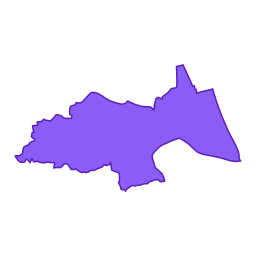 Ba Don, Quảng Bình, Vietnam (Natural Earth projection)
{"feature_id": "81297802B46228878369339", "entity_name": "Ba Don", "entity_type": "district", "adm_level": 2, "iso_a3": "VNM", "parent_name": "Vietnam", "parent_adm1": "Quảng Bình", "projection": "natural_earth1", "projection_center": [106.332, 17.736], "detail": "fine", "context": "isolated", "style": "filled", "palette": "violet", "viewbox_px": 256, "rotation_deg": 0, "n_neighbors": 0, "source": "geoboundaries", "source_scale": "gbopen_adm2", "svg_char_len": 5005}
<svg xmlns="http://www.w3.org/2000/svg" viewBox="0 0 256 256"><path d="M212.7,89.0L209.7,89.8L205.2,90.8L200.2,92.1L196.6,93.1L196.2,89.5L195.3,89.6L194.2,85.8L192.6,86.3L191.5,83.4L183.0,64.9L180.6,65.6L176.5,66.5L176.8,74.3L176.9,80.1L176.9,84.3L176.7,86.5L176.4,87.2L175.9,87.7L174.7,88.1L171.5,88.6L170.1,90.1L168.4,92.2L164.4,95.3L162.5,96.7L162.4,99.0L158.3,97.3L156.0,98.6L155.1,102.3L154.1,106.5L154.6,106.7L154.3,108.0L154.1,109.0L153.7,110.1L152.5,108.6L151.5,107.6L150.8,107.2L150.0,107.0L148.6,106.8L145.8,106.7L143.6,106.6L140.8,106.2L137.9,105.3L136.3,104.9L132.3,103.2L129.3,101.8L128.2,101.2L127.7,101.2L127.3,101.4L126.8,101.8L126.1,102.8L125.0,103.5L123.9,103.9L122.8,104.1L121.2,104.1L118.8,103.6L116.2,102.9L113.1,101.9L110.1,100.8L107.1,99.3L104.5,97.6L102.4,96.0L101.0,95.2L99.3,94.2L98.6,93.8L96.9,93.1L95.5,92.7L93.6,92.4L92.1,92.4L91.0,92.9L90.7,93.1L89.8,93.8L88.4,95.3L86.4,97.5L84.6,99.4L83.5,100.7L82.0,102.0L80.4,102.8L79.1,102.9L77.6,102.8L76.2,102.5L75.1,104.9L73.9,105.2L73.2,105.4L72.1,105.8L71.3,105.9L70.9,106.1L70.3,107.0L70.0,108.1L69.7,109.4L69.6,111.7L69.7,113.6L69.7,114.1L69.9,114.5L70.6,114.9L71.6,115.3L71.9,115.5L71.9,116.1L71.5,117.7L71.3,118.5L68.9,118.4L66.3,118.3L65.0,118.2L63.7,117.9L63.1,117.6L62.5,116.8L62.1,116.3L60.3,115.5L58.8,115.0L57.6,114.9L56.5,114.8L55.9,114.9L55.5,115.5L54.8,116.6L53.0,118.5L51.2,120.3L50.6,120.7L49.8,120.8L48.5,120.8L47.1,120.4L45.7,120.2L45.2,120.0L44.5,119.4L44.0,119.3L43.6,119.3L43.0,120.0L42.2,120.8L41.6,121.3L40.9,121.6L39.0,121.7L37.6,121.8L37.3,121.9L37.1,122.2L37.1,122.6L37.4,123.1L37.8,123.7L37.8,124.1L37.7,124.7L37.6,125.0L37.4,125.2L36.1,125.3L34.6,125.4L33.6,125.6L32.6,125.8L32.9,128.1L33.3,130.2L33.6,131.0L33.9,131.7L34.0,132.1L33.9,132.4L33.6,132.4L33.2,132.1L32.7,132.4L32.0,133.1L31.7,134.9L31.4,136.4L31.6,137.0L32.4,137.8L33.3,138.2L33.9,138.3L34.3,138.5L34.4,139.1L34.5,140.1L34.5,140.7L34.1,140.9L33.0,141.2L30.9,142.0L29.9,142.6L28.7,144.5L27.9,145.1L26.8,145.5L25.5,146.1L24.2,146.9L23.5,147.7L23.2,149.1L22.8,150.8L22.9,151.8L22.9,152.7L22.7,153.2L22.1,153.8L20.9,154.5L20.2,155.3L19.5,155.7L18.3,155.8L16.8,155.6L15.4,155.8L15.4,156.3L15.5,156.7L16.4,157.9L17.4,159.5L18.0,160.4L19.0,161.2L20.3,162.0L21.5,162.4L22.5,162.3L23.4,162.2L24.4,162.1L24.7,162.0L25.0,161.4L25.4,160.4L26.1,159.7L26.7,159.5L27.6,159.9L28.4,160.6L29.1,161.5L29.7,162.3L29.9,162.6L30.1,162.5L30.7,161.1L31.2,160.1L31.4,159.2L31.7,158.7L31.8,158.6L32.1,158.7L32.5,159.3L33.2,160.9L33.4,161.3L33.8,161.8L34.2,162.0L34.6,162.0L35.1,161.9L35.7,161.5L36.3,161.1L36.8,161.2L37.9,161.6L38.7,161.7L39.0,161.8L39.3,162.1L39.9,162.3L41.9,162.6L42.9,162.8L44.2,162.9L45.5,162.6L47.2,162.1L47.8,162.1L48.9,162.3L50.3,162.6L51.6,162.6L52.8,162.6L53.9,162.8L54.3,162.9L54.5,163.3L54.6,163.7L54.4,164.7L54.1,166.1L53.9,167.1L53.9,167.9L54.8,167.7L56.4,167.6L57.7,167.6L58.9,167.5L59.8,167.6L60.3,167.7L61.1,167.2L62.0,166.3L62.8,165.7L63.7,164.4L64.4,163.9L65.0,163.7L66.2,163.8L67.1,164.1L68.3,165.0L69.0,166.0L69.8,167.3L70.6,168.7L71.0,169.2L71.5,169.4L72.6,169.6L73.6,169.6L74.7,169.2L75.6,169.0L76.1,169.1L77.2,170.0L79.6,171.6L80.7,172.1L81.7,172.4L82.4,172.6L82.9,172.5L83.3,172.2L84.0,172.1L84.9,172.3L85.9,172.6L87.0,172.4L89.1,171.6L89.8,170.8L90.4,170.4L91.4,170.4L92.9,170.5L94.0,170.4L96.0,169.5L98.3,168.5L100.7,167.5L101.8,167.1L102.5,166.6L103.3,165.7L103.8,165.2L104.1,165.1L104.7,165.0L105.3,165.1L105.9,165.3L106.4,165.4L107.1,165.3L108.9,164.8L109.5,164.5L109.8,163.9L110.0,163.3L110.2,162.7L110.4,162.7L110.6,163.1L111.0,165.1L111.3,167.3L111.5,169.3L111.8,170.0L112.3,170.4L113.0,170.7L114.1,171.1L116.3,171.9L118.9,172.8L119.3,174.4L119.5,177.4L119.5,179.3L119.4,181.0L119.2,181.6L119.0,181.8L118.5,182.2L118.9,183.5L119.8,185.2L120.3,186.3L120.6,187.4L120.9,188.7L121.2,189.3L121.5,189.6L121.9,189.7L122.7,189.6L123.5,189.5L124.2,189.6L124.6,189.9L125.1,190.6L125.5,191.1L127.3,188.6L128.3,188.0L130.0,186.8L131.5,185.9L132.9,185.5L134.1,185.6L134.8,186.1L136.4,185.5L139.7,185.1L140.8,185.0L142.5,184.3L144.1,183.8L145.2,183.8L146.4,183.9L147.5,183.5L148.7,182.7L149.6,181.6L150.2,181.4L151.5,181.4L152.0,181.1L152.4,180.6L153.3,180.3L155.5,179.9L157.1,179.6L157.6,179.4L158.3,179.9L159.6,181.1L160.4,181.6L161.3,181.7L162.7,181.6L163.6,181.4L164.6,181.0L164.7,180.9L163.6,177.3L162.0,173.6L160.8,172.6L158.1,170.2L155.8,168.0L154.9,166.7L153.8,162.7L152.6,159.3L152.2,157.3L152.3,155.5L153.0,153.6L155.3,151.0L159.2,147.0L162.4,144.9L167.2,142.9L171.1,141.0L173.5,140.1L175.7,139.4L177.9,138.6L179.0,138.3L180.0,138.4L181.5,139.1L183.2,140.3L187.7,143.3L190.5,145.7L192.3,147.5L195.2,150.2L197.5,152.1L199.8,153.2L203.1,154.3L204.0,154.5L208.8,155.3L219.5,157.6L224.0,158.9L228.1,160.1L231.4,160.9L234.7,161.4L237.2,161.5L239.4,161.1L240.6,160.9L239.0,158.5L239.1,156.5L238.9,154.2L238.8,153.4L238.1,151.2L236.0,145.9L232.2,138.7L229.2,133.0L226.6,127.3L222.1,116.8L221.0,114.1L219.0,108.9L218.1,106.1L216.2,100.8L215.0,96.7L213.5,92.2L212.7,89.0Z" fill="#8b5cf6" stroke="#5b21b6" stroke-width="1.5"/></svg>